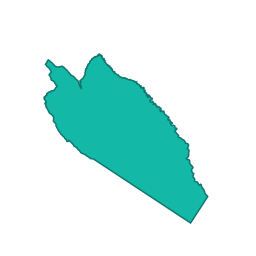 Santa Bárbara, Jujuy, Argentina, rotated 123°
{"feature_id": "61730980B61196907081286", "entity_name": "Santa Bárbara", "entity_type": "district", "adm_level": 2, "iso_a3": "ARG", "parent_name": "Argentina", "parent_adm1": "Jujuy", "projection": "equal_earth", "projection_center": [-64.663, -24.013], "detail": "fine", "context": "isolated", "style": "filled", "palette": "teal", "viewbox_px": 256, "rotation_deg": 123, "n_neighbors": 0, "source": "geoboundaries", "source_scale": "gbopen_adm2", "svg_char_len": 5754}
<svg xmlns="http://www.w3.org/2000/svg" viewBox="0 0 256 256"><g transform="rotate(123 128 128)"><path d="M114.3,231.7L114.6,231.5L115.6,232.2L116.6,231.7L119.5,231.9L120.5,229.3L120.8,226.7L122.3,223.5L123.1,222.7L125.0,223.2L126.6,223.0L127.0,221.4L128.8,219.1L129.4,218.8L129.6,218.2L129.3,216.5L129.4,215.2L130.3,213.7L130.5,212.6L130.9,211.9L131.3,211.7L131.4,210.8L131.9,210.1L132.8,210.2L133.5,210.6L134.6,210.4L136.7,210.6L137.7,211.3L138.3,212.2L138.9,212.7L139.8,212.4L140.6,213.8L142.8,214.6L143.7,214.7L144.3,214.1L144.7,214.0L145.8,214.7L146.8,214.3L147.2,215.0L147.8,215.1L148.6,214.7L149.1,213.8L149.5,213.8L149.7,213.5L150.1,211.9L151.1,210.5L151.7,211.1L152.1,210.8L152.7,211.0L154.2,208.5L155.0,208.2L155.5,206.7L158.1,202.3L158.3,201.8L158.2,200.6L158.4,198.7L159.3,196.5L160.1,195.8L161.4,195.1L161.7,194.8L162.9,194.4L164.0,190.4L165.4,189.6L167.3,186.1L167.8,185.5L168.5,183.8L168.9,182.3L169.8,180.9L169.8,180.0L170.5,177.3L170.5,176.4L171.3,174.9L171.4,173.4L172.0,172.4L172.5,172.1L172.3,171.5L171.8,170.9L171.3,170.6L170.5,170.6L170.5,170.1L170.7,169.7L171.3,166.3L171.7,165.1L172.6,163.4L172.4,162.4L172.5,160.0L173.2,158.3L173.4,156.3L174.4,154.1L174.3,152.9L173.8,150.7L173.7,148.8L173.9,147.8L173.8,147.1L173.8,145.4L173.9,144.6L173.9,142.2L172.8,140.3L173.6,23.8L142.1,23.8L141.7,24.5L141.7,25.3L140.9,27.7L138.5,30.8L137.8,32.5L137.7,33.6L137.5,33.9L135.8,35.5L135.6,36.1L135.7,36.6L136.2,36.9L137.1,37.0L137.1,37.7L135.6,40.0L135.6,40.7L136.3,41.8L136.4,42.4L135.8,43.7L134.5,44.2L134.2,44.7L133.6,46.8L133.0,47.2L130.4,48.1L130.6,49.4L128.9,51.8L127.5,52.0L125.9,51.9L125.5,52.3L125.1,53.2L124.5,56.0L124.1,56.7L123.5,57.1L123.3,57.7L123.0,58.0L121.9,58.3L121.6,58.9L121.5,60.1L122.0,60.7L122.2,61.7L122.0,62.3L121.5,62.4L120.1,61.9L117.9,62.2L116.0,63.6L114.2,64.2L113.4,64.9L112.9,65.7L113.0,67.2L112.4,67.1L110.2,67.5L109.1,68.1L108.8,68.6L108.8,70.4L109.5,71.5L109.2,72.0L108.4,72.7L107.9,73.9L107.8,75.0L108.0,76.1L107.7,78.4L108.2,80.9L107.9,81.3L106.9,81.4L106.5,82.0L105.9,84.7L105.5,85.6L105.6,86.5L105.3,87.2L104.4,87.1L104.1,86.9L102.5,86.4L102.0,86.7L101.8,87.3L102.3,87.8L102.3,88.6L102.0,89.0L101.0,89.6L100.8,90.4L101.0,91.5L102.0,92.7L102.0,93.3L101.2,94.8L100.9,94.7L100.7,94.0L100.1,93.5L99.9,93.4L99.6,93.6L99.6,94.1L100.5,95.5L100.4,95.7L100.1,95.7L100.0,95.0L99.6,94.9L99.5,96.0L98.5,97.0L98.6,97.8L99.2,98.0L99.4,98.8L98.6,99.6L97.2,99.1L96.8,99.6L96.6,100.9L96.9,102.1L96.4,103.6L96.5,104.4L96.1,105.3L94.4,107.2L94.5,107.4L95.1,107.4L95.4,107.6L95.4,108.0L95.2,108.4L95.2,108.9L95.5,109.2L96.1,109.2L96.3,109.3L96.3,109.8L96.2,110.2L95.9,110.3L95.4,109.9L95.3,110.0L95.2,111.2L94.5,110.6L94.1,110.6L93.6,111.0L93.7,112.0L93.3,113.0L94.0,113.6L94.0,114.7L94.6,115.2L94.4,115.6L94.2,115.5L94.1,115.1L93.8,115.1L93.8,115.5L93.9,116.9L93.5,117.6L93.0,117.5L92.8,118.1L93.1,119.0L93.4,119.3L94.0,119.3L94.2,119.8L93.0,120.0L92.2,121.8L92.3,122.0L93.1,122.1L93.7,122.6L93.8,123.8L93.5,123.9L93.2,124.6L92.8,124.8L92.4,124.6L91.9,123.8L91.4,123.5L90.4,123.5L89.9,124.0L90.1,124.9L90.1,125.8L89.7,126.3L89.1,128.0L89.1,128.4L89.7,128.5L90.6,127.6L91.2,127.6L91.3,128.8L90.2,128.8L89.5,129.6L89.5,130.4L90.1,130.6L88.7,131.4L88.9,131.9L88.7,132.4L89.1,133.0L88.7,134.2L88.1,133.8L87.8,133.7L87.7,133.9L87.1,134.2L87.4,135.2L87.0,136.2L86.7,136.6L86.4,136.6L86.1,136.1L85.7,136.1L85.6,137.2L86.1,137.6L86.4,138.1L86.6,138.0L86.7,138.6L87.2,138.6L87.2,138.9L86.7,139.9L86.4,139.6L85.7,139.8L86.1,141.3L85.7,142.0L85.5,143.0L85.8,143.9L85.6,144.4L85.9,144.6L85.9,145.2L84.7,145.8L85.0,146.1L85.0,146.7L85.5,146.8L85.7,147.1L85.7,147.5L85.3,147.9L85.4,148.7L85.7,150.3L86.3,151.4L86.1,152.1L86.2,152.7L86.5,153.0L86.9,153.1L87.1,153.8L87.3,154.0L87.3,156.0L87.9,156.8L87.5,157.9L88.2,158.3L88.3,159.1L88.7,159.4L89.2,160.2L89.0,161.3L89.5,162.4L89.5,163.7L89.5,164.1L89.1,164.3L88.8,165.3L89.2,165.5L89.3,166.1L89.1,167.1L89.2,169.5L88.3,169.5L88.3,169.9L88.7,170.0L88.8,170.5L88.7,171.1L88.4,171.2L88.5,172.0L87.9,173.2L87.6,173.0L87.2,173.4L87.1,174.0L87.3,174.7L87.3,175.5L87.0,174.9L86.7,175.0L86.7,175.5L87.0,175.7L86.8,176.2L86.5,176.3L86.8,176.9L86.7,177.9L86.7,178.1L86.2,178.0L86.4,178.5L86.7,178.3L86.7,178.8L86.5,179.3L85.9,179.6L86.3,180.6L85.6,181.8L85.2,183.7L84.8,184.2L84.2,183.8L84.0,184.4L84.3,185.3L83.8,186.5L83.5,186.3L83.5,185.8L83.4,185.4L83.0,185.5L82.9,186.2L83.3,186.7L83.3,187.9L82.7,189.1L82.3,189.2L82.3,188.8L82.1,188.7L81.8,188.9L81.7,189.4L82.0,189.7L82.0,190.1L81.7,190.2L81.6,190.6L81.8,191.3L81.7,191.7L82.2,191.5L82.1,192.2L82.6,192.0L82.8,192.3L82.5,192.3L82.6,192.5L82.9,192.6L82.9,192.3L83.3,192.5L83.6,193.2L83.8,193.1L83.8,192.9L83.6,192.8L83.7,192.6L84.6,192.7L84.8,193.1L85.7,193.5L85.8,193.9L86.1,193.7L86.5,194.0L86.5,194.5L86.8,194.4L87.2,194.9L87.3,194.8L88.5,195.1L88.6,195.5L89.4,195.9L89.8,195.6L90.0,195.8L91.2,195.8L92.1,196.2L92.5,196.0L93.0,196.2L94.5,195.5L95.8,196.2L96.5,196.0L96.8,196.1L97.4,195.7L98.0,195.8L98.9,195.6L99.4,195.8L100.3,195.1L101.2,195.4L101.6,195.7L102.3,195.0L102.9,195.1L103.4,194.9L104.1,194.3L104.8,194.3L105.6,193.7L105.8,193.3L106.5,193.2L107.1,192.9L107.8,193.1L108.7,192.8L109.9,193.0L110.5,192.7L112.8,193.6L113.7,193.6L114.3,193.9L114.7,193.9L114.9,193.1L115.1,192.6L115.4,192.4L115.9,192.5L116.0,192.2L116.5,192.3L117.8,191.7L118.0,191.1L118.2,190.2L118.8,190.0L119.5,189.1L120.2,188.9L119.8,189.9L119.1,191.2L117.2,193.5L116.3,194.3L116.1,195.2L115.7,195.7L115.4,198.4L115.2,198.8L114.5,201.7L114.4,202.4L114.7,203.3L114.7,204.0L114.0,206.9L113.7,207.4L113.6,208.6L112.7,210.7L112.7,212.2L112.1,214.1L112.1,214.6L112.3,215.1L112.0,215.7L112.0,216.8L114.9,219.8L115.6,221.0L115.6,221.6L115.9,222.2L115.9,222.7L114.7,227.4L114.7,228.6L114.3,230.4L114.3,231.7Z" fill="#14b8a6" stroke="#0f766e" stroke-width="1.5"/></g></svg>